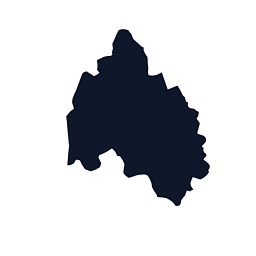 Al-Hawiga, At-Ta'mim, Iraq, rotated 64°
{"feature_id": "34846034B30595990417134", "entity_name": "Al-Hawiga", "entity_type": "district", "adm_level": 2, "iso_a3": "IRQ", "parent_name": "Iraq", "parent_adm1": "At-Ta'mim", "projection": "natural_earth1", "projection_center": [43.785, 35.263], "detail": "fine", "context": "isolated", "style": "filled", "palette": "ink", "viewbox_px": 256, "rotation_deg": 64, "n_neighbors": 0, "source": "geoboundaries", "source_scale": "gbopen_adm2", "svg_char_len": 2598}
<svg xmlns="http://www.w3.org/2000/svg" viewBox="0 0 256 256"><g transform="rotate(64 128 128)"><path d="M196.7,71.9L195.4,72.1L194.1,72.6L191.9,73.5L190.7,74.5L189.2,74.8L187.9,73.2L186.9,70.3L185.2,70.1L184.4,70.8L182.6,71.0L181.0,71.0L179.4,69.8L177.4,70.3L175.6,69.8L175.2,67.4L173.4,64.1L171.2,63.2L168.9,63.9L167.7,64.9L165.8,67.0L164.1,68.5L162.2,69.3L162.0,68.2L156.0,63.0L155.3,62.3L153.2,62.3L151.1,62.9L148.5,62.6L147.6,60.3L144.7,58.2L143.4,59.1L141.8,60.2L140.5,60.5L138.8,62.7L137.8,64.3L135.5,65.3L133.3,65.0L131.7,63.8L130.4,64.7L129.5,65.0L127.2,64.6L125.3,64.2L125.1,64.3L123.0,65.2L118.8,65.2L115.1,65.4L112.3,65.6L111.6,76.3L93.6,74.1L93.7,78.9L92.7,82.3L91.5,84.9L90.1,86.9L87.8,86.9L85.5,85.8L81.8,83.8L78.7,82.8L75.9,81.5L72.6,80.2L70.3,80.6L67.0,80.8L65.7,80.8L64.8,80.6L62.7,79.5L60.5,81.1L58.0,81.9L55.1,83.1L52.5,84.2L50.9,84.9L48.3,84.9L45.0,84.5L43.3,85.2L41.2,85.4L39.8,86.3L38.4,88.3L37.4,89.9L36.7,93.2L38.5,95.8L43.3,101.3L45.9,104.5L48.6,105.5L50.1,105.8L51.8,107.3L52.5,107.9L53.5,108.6L55.3,109.1L56.0,109.3L56.4,112.1L55.4,114.3L54.6,116.6L54.2,118.7L54.2,120.7L54.2,123.2L54.2,125.2L54.1,125.6L55.9,126.2L57.9,126.9L60.7,128.3L62.1,129.5L64.4,129.0L65.9,128.3L66.2,128.7L66.9,130.6L67.3,133.0L67.3,134.2L67.2,135.3L67.1,136.2L66.6,136.9L64.4,137.7L62.6,139.1L59.6,140.8L59.5,141.9L59.3,144.0L61.4,146.6L67.7,153.2L71.2,156.8L74.9,161.3L78.0,164.6L80.8,166.3L82.5,166.6L87.5,167.4L87.6,168.0L88.1,169.8L88.3,171.9L89.1,173.7L91.0,177.9L95.5,179.3L99.4,180.9L104.3,182.8L113.9,186.4L116.1,187.3L117.9,187.6L125.2,192.3L129.6,194.8L133.2,197.0L134.5,197.8L135.3,196.2L135.3,192.4L133.7,190.1L132.8,188.2L135.6,184.7L140.3,184.7L143.7,184.3L145.8,184.0L149.9,180.1L150.5,175.2L150.2,170.9L147.7,168.3L144.3,168.3L141.2,168.3L139.0,166.0L139.3,162.5L139.3,157.9L139.0,154.9L138.4,151.8L139.6,150.3L143.7,149.1L148.0,149.1L149.5,146.8L155.1,146.1L159.5,146.4L162.6,148.7L166.3,151.0L169.1,150.6L172.5,148.7L173.1,144.5L173.7,139.9L174.9,136.5L176.5,132.7L179.0,130.4L183.9,130.0L188.3,130.4L191.7,131.5L195.1,131.5L200.6,130.7L202.5,131.1L202.8,130.7L204.2,128.3L205.0,126.9L205.9,125.7L206.9,124.3L207.3,123.3L208.7,122.9L209.9,121.7L210.8,121.2L211.3,121.2L211.8,120.5L213.0,120.0L216.0,119.0L218.0,118.8L219.0,117.8L219.3,115.7L218.4,114.2L215.8,112.4L214.2,109.7L213.1,106.8L210.9,104.5L208.7,102.5L211.1,100.3L211.2,97.1L208.4,97.6L205.4,97.2L203.8,96.0L201.4,93.6L199.6,91.6L200.6,90.0L204.0,86.6L205.2,85.3L205.2,82.9L204.8,80.4L204.1,77.9L202.6,75.2L200.6,75.1L199.4,73.0L197.7,71.7L196.7,71.9Z" fill="#0f172a" stroke="#020617" stroke-width="1.5"/></g></svg>